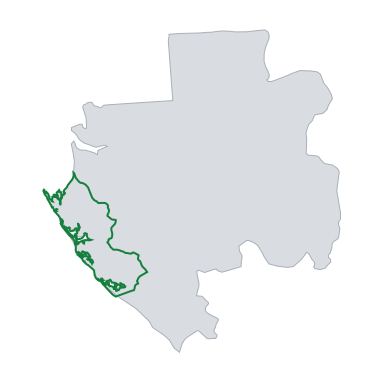 where Ogooué-Maritime sits in Gabon, rotated 356°
{"feature_id": "GAB-2624", "entity_name": "Ogooué-Maritime", "entity_type": "Province", "adm_level": 1, "iso_a3": "GAB", "parent_name": "Gabon", "parent_adm1": "", "projection": "albers", "projection_center": [9.53, -1.509], "detail": "fine", "context": "in_parent", "style": "outline", "palette": "green", "viewbox_px": 384, "rotation_deg": 356, "n_neighbors": 0, "source": "natural_earth", "source_scale": "10m", "svg_char_len": 8966}
<svg xmlns="http://www.w3.org/2000/svg" viewBox="0 0 384 384"><g transform="rotate(356 192 192)"><path d="M279.9,40.4L279.6,44.0L275.5,52.7L273.6,59.4L273.0,66.6L274.2,72.3L276.1,76.5L277.3,80.9L276.4,84.1L274.4,85.4L275.7,87.0L278.7,87.4L283.7,86.0L291.5,83.7L301.7,80.2L308.4,78.4L319.4,79.6L325.3,80.9L328.3,83.4L331.5,93.7L333.1,95.3L335.7,99.7L337.9,104.9L338.4,107.6L338.2,109.5L335.9,112.4L333.4,116.6L332.5,119.1L330.3,121.0L327.7,122.8L320.3,123.5L319.2,124.6L317.1,129.1L313.2,132.8L311.4,136.4L309.8,141.2L310.1,147.1L309.3,155.6L308.5,161.3L310.4,163.3L319.2,164.8L320.9,165.9L323.2,169.5L326.2,172.8L334.2,175.0L337.4,177.5L339.9,180.4L340.2,182.7L338.3,191.9L336.5,200.7L337.2,207.5L337.8,213.9L338.7,223.3L338.3,229.1L336.0,232.5L336.0,235.3L337.0,238.6L335.0,247.7L333.7,249.3L330.1,251.0L328.2,253.4L327.6,257.3L325.6,262.5L323.6,264.5L323.6,266.9L325.5,268.7L325.5,271.5L321.9,274.7L319.7,277.2L314.9,278.4L309.4,277.1L308.1,275.3L309.5,272.4L309.0,270.2L307.1,267.8L304.2,261.6L301.7,260.3L300.2,262.8L295.7,267.5L287.9,273.4L282.3,273.9L272.2,272.0L263.7,269.1L259.7,262.1L257.2,256.3L253.6,249.6L249.5,246.4L245.1,244.3L243.2,244.2L237.0,247.9L235.1,249.4L235.1,252.5L235.7,255.5L236.6,256.9L237.4,258.8L237.3,261.7L236.1,265.6L235.8,269.9L216.2,274.1L212.8,272.6L210.4,270.6L207.4,271.0L198.9,273.2L195.8,271.6L192.7,270.5L191.3,271.4L191.2,273.3L192.6,283.4L192.1,287.3L190.2,292.3L189.2,295.8L194.4,296.7L196.3,298.3L198.1,300.9L200.6,303.3L200.7,304.7L197.9,307.4L196.9,310.6L198.3,313.2L201.8,315.9L206.9,318.7L209.4,320.5L209.2,322.1L206.8,325.7L205.9,328.7L204.2,331.4L204.6,333.9L206.9,336.2L206.6,338.3L205.1,339.8L201.9,339.5L199.1,339.7L196.7,339.1L189.1,331.0L187.5,330.8L176.4,336.9L173.7,339.5L171.4,343.1L168.3,351.0L163.3,346.4L159.0,338.0L153.9,332.8L143.3,324.4L140.5,318.3L128.4,304.7L110.9,291.2L98.3,279.4L96.4,276.8L98.5,277.1L110.7,283.0L112.4,282.3L113.8,281.0L108.5,277.9L103.5,275.5L98.8,274.0L94.0,274.1L91.4,271.6L89.7,267.8L88.8,264.6L86.7,261.2L80.0,254.2L78.4,251.6L74.7,247.9L77.0,247.4L84.1,250.9L84.8,249.5L84.2,247.4L76.9,244.1L73.0,243.9L72.1,241.5L72.7,238.8L67.5,228.7L62.1,221.1L61.3,217.5L75.7,234.0L77.7,234.3L80.2,234.1L86.2,232.3L85.1,230.1L82.4,227.7L79.8,228.8L76.3,229.0L74.6,228.0L73.8,226.3L77.2,218.3L75.7,218.7L74.6,220.1L72.7,220.8L69.9,221.2L62.7,216.9L56.4,205.3L54.8,202.9L53.1,198.9L51.4,197.2L44.2,180.7L47.0,182.0L50.2,186.7L56.7,185.7L59.2,183.0L61.3,183.1L63.6,182.4L66.4,179.8L74.6,168.5L76.8,153.5L76.1,144.6L74.9,135.7L77.6,132.9L78.6,134.8L79.2,137.9L80.5,140.2L83.4,142.3L88.8,142.9L97.2,146.1L100.2,148.2L101.0,144.1L110.7,140.5L107.8,139.2L99.2,140.6L87.4,135.4L83.5,132.0L79.8,125.6L76.0,122.3L76.3,119.3L84.8,116.5L87.0,116.8L87.9,120.1L90.2,121.5L91.1,121.0L91.4,118.2L91.5,110.6L88.9,99.8L89.7,97.7L92.0,97.0L94.1,95.6L95.5,95.3L98.4,95.6L99.8,98.1L100.6,99.4L103.5,100.1L105.9,101.4L107.9,101.1L109.6,99.5L112.1,99.2L119.8,99.2L126.9,99.2L140.8,99.3L154.7,99.3L168.7,99.4L179.2,99.5L179.2,93.3L179.1,83.7L179.1,72.5L179.0,61.6L179.0,51.7L178.9,39.8L179.5,36.5L180.2,35.1L180.0,33.1L190.8,33.0L210.3,33.9L218.9,33.8L221.3,34.0L232.0,33.4L240.6,34.2L244.3,35.0L247.6,35.4L258.0,36.0L271.5,35.4L276.1,35.5L278.6,37.2L279.9,40.4Z" fill="#d9dde1" stroke="#a8b0b8" stroke-width="1"/><path d="M108.6,291.0L105.6,288.7L96.5,277.5L95.4,275.5L96.4,276.2L97.8,277.8L98.9,278.3L100.1,278.5L100.8,278.0L102.4,276.2L101.9,278.1L102.1,278.7L102.5,278.5L102.8,278.0L102.9,279.9L103.4,280.4L104.2,280.1L106.4,281.0L107.1,282.2L107.3,283.3L107.7,283.3L108.0,282.5L108.7,282.9L108.8,282.6L109.1,282.5L109.2,284.4L109.4,285.0L110.2,284.4L111.2,284.3L111.0,285.0L112.2,284.6L112.6,284.2L113.3,282.9L114.0,282.6L115.2,282.5L116.8,282.6L118.1,282.4L118.6,282.2L118.9,281.5L117.5,280.8L117.6,279.8L115.4,278.9L114.7,278.0L114.4,278.0L115.4,281.5L114.7,281.4L114.0,280.6L113.4,280.2L112.8,279.3L111.0,278.7L110.8,278.8L110.9,279.7L110.2,280.6L109.8,281.5L108.4,280.8L108.6,280.3L108.3,279.2L108.4,278.7L108.9,278.5L110.0,278.4L110.2,278.0L109.6,277.5L108.2,277.1L106.8,276.8L105.9,276.9L104.7,274.2L104.2,273.8L103.9,273.8L103.8,274.3L102.8,274.8L101.5,274.6L100.3,275.5L99.1,276.6L97.9,276.9L97.0,276.2L96.6,275.6L96.5,275.0L97.7,274.0L97.3,273.7L96.5,273.4L96.5,272.2L96.2,272.0L95.7,272.0L95.2,272.2L95.1,272.5L95.7,273.7L95.9,274.5L95.4,275.1L94.6,274.8L92.5,272.2L91.6,271.6L93.7,274.5L92.5,273.7L91.1,272.4L90.0,270.9L89.1,268.1L88.8,263.4L88.4,262.7L83.3,257.7L81.9,256.9L80.4,255.1L79.7,254.5L80.0,253.8L78.9,253.5L78.3,252.6L77.6,250.6L75.4,248.5L75.1,248.0L74.4,247.5L73.9,246.8L73.3,246.5L73.4,246.0L73.8,245.7L74.0,245.9L74.4,246.8L75.3,247.5L76.5,247.9L77.6,247.8L77.2,248.2L77.8,248.5L78.2,248.2L78.6,247.1L78.9,247.1L79.3,248.2L78.8,248.4L78.6,248.7L78.6,249.0L78.8,249.3L79.4,248.7L81.9,248.5L83.3,248.9L84.1,249.7L83.9,250.8L82.8,251.7L83.7,252.6L85.4,252.9L85.6,254.5L86.7,255.2L87.2,256.5L87.5,255.8L88.4,255.4L88.3,254.5L87.9,253.4L87.5,252.7L87.0,252.7L86.5,252.1L85.2,251.2L84.9,250.6L85.5,249.7L86.0,249.4L85.9,249.1L84.3,246.2L83.3,245.2L82.8,245.7L81.7,245.0L81.6,246.0L81.7,247.1L80.8,246.3L79.5,243.9L78.6,243.6L78.2,243.9L77.7,245.4L77.2,245.5L76.9,245.9L76.9,247.1L76.1,246.5L75.1,246.4L75.7,245.4L75.5,244.8L74.4,243.9L73.3,244.7L72.5,244.4L72.1,243.4L71.9,241.9L72.2,239.9L72.2,237.8L71.5,235.5L71.5,233.4L70.7,231.3L69.5,229.7L66.7,226.8L60.3,217.8L58.8,214.5L58.6,213.5L59.3,214.8L59.8,216.4L60.4,217.2L61.4,218.4L62.2,218.3L63.0,218.6L63.6,219.2L64.2,220.8L65.4,222.1L65.6,223.1L67.6,225.6L71.0,228.4L73.0,229.0L73.5,235.4L73.8,236.2L74.4,235.9L74.5,235.4L74.1,234.7L74.2,234.3L74.7,234.1L75.0,234.3L75.4,235.2L76.2,234.3L77.4,233.6L78.8,233.2L80.0,233.1L79.7,233.9L79.6,234.8L79.9,235.5L80.7,235.9L81.1,234.2L81.0,233.3L80.7,232.7L82.3,232.5L86.5,233.1L88.1,232.7L86.0,231.9L85.1,231.3L84.5,230.3L84.1,228.4L84.0,227.3L84.2,226.4L82.8,225.7L81.9,225.7L81.6,225.9L81.7,226.9L81.7,227.5L80.0,229.6L78.8,230.5L77.4,230.9L74.8,231.2L74.4,231.0L74.1,230.6L74.0,229.8L73.7,229.0L73.7,227.6L73.5,227.4L72.2,227.1L72.1,226.3L72.6,225.8L73.3,225.5L74.2,225.4L74.6,225.1L74.7,224.4L74.5,223.7L74.0,223.2L74.0,222.9L76.1,222.5L76.5,222.0L76.8,221.1L77.6,219.6L77.4,218.7L76.5,216.9L76.8,216.4L76.6,216.1L76.1,215.9L76.1,216.9L76.5,219.6L76.3,220.1L76.0,220.6L75.4,221.0L74.9,221.2L74.4,221.0L74.0,220.3L73.7,220.1L72.8,220.4L71.9,221.9L71.4,222.2L68.9,222.7L68.1,222.5L67.5,221.9L67.3,220.8L67.6,219.4L66.9,218.7L65.9,219.2L65.6,219.5L64.9,219.4L62.4,217.6L61.0,217.0L60.5,216.1L60.4,215.1L60.7,214.1L60.4,213.5L61.3,212.7L61.1,211.6L60.2,210.3L59.3,209.6L59.9,211.1L59.4,213.0L59.1,212.9L58.6,209.2L57.7,207.0L52.6,200.5L53.9,201.7L54.7,202.1L55.4,201.8L54.7,201.5L55.4,200.2L56.1,199.8L55.5,199.5L54.0,200.5L53.1,200.3L52.1,197.4L51.6,197.7L51.2,197.7L50.5,195.2L49.7,193.9L48.4,190.9L47.3,189.0L46.6,186.3L45.0,184.3L43.8,180.5L44.5,179.4L44.9,179.8L44.4,180.8L45.0,181.2L46.6,181.6L46.4,182.3L46.6,182.9L47.7,182.9L48.5,184.1L48.9,185.9L49.2,188.0L49.5,188.8L50.0,189.4L50.7,189.6L51.1,190.0L51.4,191.4L52.3,191.7L51.8,190.8L51.9,189.9L52.5,187.3L53.2,187.2L55.0,187.5L55.0,187.1L54.0,186.5L53.6,186.0L53.7,185.4L54.0,185.0L54.5,185.1L55.8,185.6L56.3,186.4L56.7,187.2L57.2,189.0L59.1,190.8L59.6,191.7L59.7,192.7L59.3,194.5L59.6,195.2L60.0,195.2L60.2,194.3L60.3,191.2L60.6,190.2L61.8,188.9L62.1,188.0L62.1,186.8L62.7,186.2L63.9,185.8L64.0,185.2L64.0,184.2L64.6,184.0L65.3,185.4L65.2,184.2L64.1,182.5L64.6,181.2L67.6,178.5L68.5,176.6L73.1,171.6L74.4,169.6L75.1,167.5L75.1,164.4L75.8,165.1L76.9,169.3L77.4,170.3L80.0,173.9L80.8,174.6L81.4,175.1L82.9,175.2L84.6,176.1L86.3,177.2L88.6,180.1L92.0,190.7L94.1,193.5L95.1,194.0L96.5,194.9L97.0,195.5L97.3,196.0L97.7,196.4L98.7,196.6L100.1,196.5L104.3,196.8L104.9,197.1L106.7,198.5L107.3,199.8L106.9,201.6L107.8,203.8L107.9,204.9L107.4,206.5L106.1,209.0L106.0,209.9L109.6,213.4L110.1,213.7L110.8,214.0L113.2,214.3L114.0,214.7L113.7,216.8L113.0,218.3L109.4,221.7L108.9,222.8L109.0,224.8L109.6,228.2L109.2,230.7L108.8,231.7L108.4,232.4L107.9,232.6L106.4,232.9L105.9,233.2L105.4,233.8L105.3,234.9L104.1,236.2L104.2,236.6L104.9,237.4L105.9,238.9L106.8,241.0L108.5,243.0L109.4,243.9L109.9,244.1L113.1,244.3L115.6,245.1L117.3,246.0L118.9,246.5L121.7,248.3L122.7,248.3L126.3,249.2L126.9,249.2L127.9,248.9L128.8,248.2L129.3,248.3L131.5,249.4L132.5,250.3L133.6,250.7L134.1,251.0L134.3,251.5L134.2,252.1L133.6,253.7L133.5,254.3L133.6,255.6L134.4,256.6L135.5,257.5L136.8,262.0L138.2,264.0L139.6,265.4L141.7,268.7L134.3,272.3L132.6,273.9L132.1,275.1L131.1,276.6L131.0,277.1L131.1,277.6L131.8,278.8L131.9,279.5L131.6,279.7L130.4,280.1L129.4,280.7L128.9,281.2L128.4,282.3L127.9,284.5L127.2,285.9L126.8,286.1L125.7,286.1L108.6,291.0ZM59.3,182.6L61.1,183.0L61.5,184.8L61.3,186.9L61.4,188.5L59.7,189.5L59.0,189.4L58.2,188.9L57.8,188.2L57.9,186.1L57.7,185.6L57.0,184.9L56.8,184.3L56.9,183.4L57.5,182.6L58.1,182.1L59.2,181.4L59.6,180.8L59.9,181.3L59.9,181.7L59.7,182.0L59.3,182.2L59.3,182.6Z" fill="none" stroke="#15803d" stroke-width="2"/></g></svg>